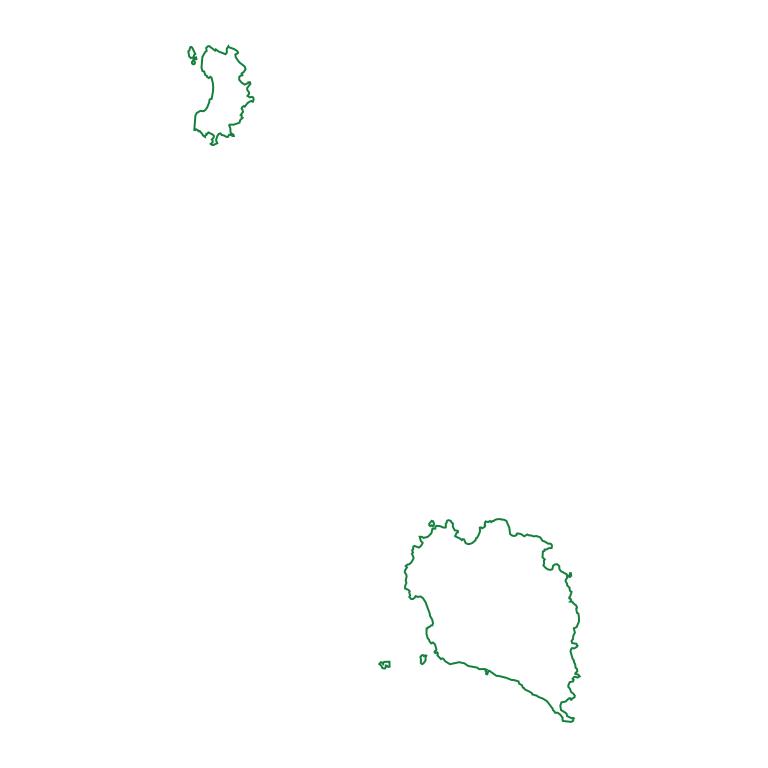 Ko Pha-Ngan, Surat Thani, Thailand (Albers equal-area conic projection)
{"feature_id": "78962969B87501565170923", "entity_name": "Ko Pha-Ngan", "entity_type": "district", "adm_level": 2, "iso_a3": "THA", "parent_name": "Thailand", "parent_adm1": "Surat Thani", "projection": "albers", "projection_center": [99.987, 9.896], "detail": "fine", "context": "isolated", "style": "outline", "palette": "green", "viewbox_px": 768, "rotation_deg": 0, "n_neighbors": 0, "source": "geoboundaries", "source_scale": "gbopen_adm2", "svg_char_len": 6051}
<svg xmlns="http://www.w3.org/2000/svg" viewBox="0 0 768 768"><path d="M500.7,519.1L497.2,519.2L494.7,520.0L493.9,520.9L491.8,521.3L491.3,522.1L489.9,521.0L488.2,522.1L485.7,521.4L484.8,522.9L485.1,523.8L484.6,524.9L485.2,525.8L484.7,526.8L482.2,528.3L481.0,527.4L479.8,527.6L480.0,531.4L478.5,535.3L476.9,538.0L476.1,538.2L475.4,540.4L472.2,543.1L469.5,544.0L467.8,544.1L465.6,543.0L464.0,539.4L462.7,539.2L461.8,540.1L460.1,538.6L455.4,536.4L455.1,536.1L456.6,533.0L457.9,532.3L458.1,531.4L457.5,530.7L454.7,530.3L452.8,526.6L452.9,523.4L451.7,522.7L450.8,520.9L448.8,520.2L447.2,520.6L446.7,521.6L446.7,522.8L445.7,523.8L445.9,527.0L445.6,527.5L443.2,527.5L440.2,526.2L436.3,525.8L435.5,526.6L435.3,528.6L432.4,528.8L431.4,533.2L427.9,536.8L423.6,537.9L421.8,536.8L419.7,536.8L420.9,541.1L422.6,542.6L422.5,543.5L420.8,546.1L418.9,547.6L414.4,545.9L413.3,546.6L413.2,549.1L412.1,550.2L413.0,552.6L411.9,553.7L413.6,557.6L413.1,559.4L411.4,562.3L409.4,564.2L407.5,564.6L405.7,566.0L407.0,567.4L405.2,570.1L404.7,572.0L406.4,575.0L406.6,576.5L405.7,580.5L406.4,582.9L405.2,585.8L405.0,588.4L408.4,589.9L409.7,591.2L409.2,592.3L410.1,595.4L409.3,596.9L411.0,598.9L412.8,599.1L414.5,597.9L415.7,596.1L417.7,596.9L420.6,596.5L422.9,598.1L425.5,602.1L429.8,613.8L430.0,615.8L432.2,619.6L433.0,623.3L432.3,625.4L431.0,625.5L429.6,626.9L428.2,627.2L427.5,628.4L426.6,628.4L426.5,634.0L427.7,638.3L429.0,639.7L429.6,641.5L431.2,643.4L432.9,642.5L434.9,644.3L436.4,649.3L435.9,650.6L434.7,651.3L434.6,652.3L435.5,653.1L437.3,652.4L437.9,653.7L437.4,655.3L440.9,659.1L442.0,658.4L443.2,658.7L445.4,661.4L450.0,664.2L459.1,662.2L464.3,663.3L468.3,666.0L477.2,667.6L479.2,669.2L484.5,669.0L486.6,669.7L485.5,670.8L486.5,672.3L486.0,673.7L486.5,674.2L487.2,674.3L488.4,671.0L489.2,670.7L496.5,675.9L498.3,675.9L505.9,677.7L511.8,680.0L513.8,680.0L518.5,681.4L519.2,683.7L522.0,685.3L522.8,687.6L524.2,688.2L524.8,689.4L530.2,692.0L532.0,693.3L532.3,694.4L536.8,695.7L538.6,697.0L542.9,698.6L547.0,701.2L552.6,708.6L553.1,710.3L554.4,711.3L555.0,712.7L557.8,712.8L560.3,714.7L562.7,717.9L562.4,719.8L563.0,721.0L571.0,721.9L573.2,720.8L573.2,718.8L573.7,718.3L573.0,717.9L571.5,718.2L567.0,716.0L566.7,714.0L565.8,713.0L561.0,710.0L560.3,705.7L561.5,702.3L565.5,701.6L569.0,698.3L570.4,698.3L570.8,699.6L571.5,699.7L571.9,698.8L574.5,697.3L574.8,695.7L573.3,693.6L571.2,692.1L569.9,688.7L568.3,686.8L568.3,685.4L569.7,682.2L573.1,681.4L573.6,679.8L572.6,678.8L573.9,677.2L575.1,676.7L577.5,677.6L579.7,676.4L578.3,674.7L575.3,673.8L575.5,673.0L577.3,671.3L577.2,670.0L576.7,668.6L575.6,667.8L575.2,664.4L573.9,661.7L574.1,661.0L572.5,658.4L570.5,651.3L571.0,649.4L572.0,648.1L574.2,648.4L576.8,646.9L577.5,645.7L576.8,645.2L576.5,643.8L572.2,643.1L571.6,641.4L571.7,640.6L573.0,639.1L573.2,636.0L574.9,632.6L573.8,628.3L576.6,627.1L578.9,621.7L579.0,618.1L578.4,613.6L577.1,613.0L576.3,609.6L576.3,608.3L577.1,607.8L576.3,605.6L573.1,603.1L572.5,601.8L570.3,601.6L571.0,601.0L570.9,599.2L569.3,598.4L569.3,597.3L570.0,596.8L571.6,591.9L570.2,591.0L569.5,589.0L569.6,587.7L567.2,585.5L567.1,583.8L565.5,580.9L566.0,579.3L567.2,577.9L566.8,574.4L560.7,571.0L559.3,568.8L559.3,566.2L557.2,564.2L555.2,564.4L553.2,565.6L552.3,569.2L550.5,569.9L547.9,569.4L545.5,567.8L543.4,565.4L544.1,563.4L543.9,560.6L544.8,559.5L542.5,557.3L542.9,551.4L544.4,550.9L544.7,549.5L546.2,549.6L548.7,548.2L551.6,548.0L552.0,545.6L551.3,544.2L550.4,543.7L548.2,543.7L544.7,541.5L542.5,540.8L540.3,537.4L536.4,536.0L533.8,536.4L530.5,535.3L529.2,535.5L527.4,534.5L524.2,536.3L521.3,534.2L517.7,533.4L516.8,533.7L516.5,535.1L515.4,535.7L513.7,536.0L511.6,535.3L510.1,534.0L509.3,527.7L506.4,520.9L503.7,519.6L501.9,519.7L500.7,519.1ZM215.1,50.6L209.2,46.1L207.8,46.4L206.2,47.9L206.6,51.1L205.2,52.0L202.4,56.9L201.5,67.7L202.5,71.1L204.2,71.5L205.2,74.9L206.8,75.9L206.8,76.6L208.8,78.1L210.4,76.8L211.5,77.7L212.9,83.4L213.2,87.3L213.0,91.5L211.6,98.9L210.2,99.1L209.4,100.2L209.3,102.2L207.1,107.6L205.3,110.0L203.7,111.2L200.3,110.9L196.7,113.0L195.4,115.6L194.3,129.9L195.0,130.2L196.0,129.3L197.6,130.0L198.4,131.3L199.7,131.0L202.6,134.4L202.8,135.3L205.0,136.9L205.1,135.8L206.6,134.7L206.4,133.8L207.6,133.5L208.4,132.4L212.9,134.7L214.0,136.0L213.5,137.8L211.8,139.6L212.6,140.7L212.7,142.3L210.7,143.9L211.9,144.9L213.5,145.0L217.3,143.2L216.1,140.5L216.2,139.4L217.4,136.0L218.8,133.9L220.5,133.4L221.6,135.0L224.2,135.5L226.1,136.8L227.9,136.9L229.0,134.9L231.0,134.9L232.5,136.0L233.8,136.0L233.5,134.8L230.6,132.9L230.3,128.1L229.2,125.7L229.5,124.7L233.6,124.7L239.5,122.7L240.1,120.3L242.4,117.9L241.7,117.7L241.6,115.4L240.7,115.0L243.0,111.9L242.5,109.8L241.6,108.7L242.1,107.3L243.8,106.0L244.8,106.6L247.5,103.1L249.6,101.7L251.3,100.9L252.8,101.8L253.6,99.8L253.3,97.6L251.7,96.8L249.8,97.4L247.5,95.9L249.1,93.8L249.1,92.4L247.4,90.3L247.1,88.1L250.4,83.9L249.9,82.2L248.4,82.3L248.3,83.0L244.7,84.6L241.7,82.7L239.2,79.8L239.3,76.8L240.8,75.6L242.4,75.3L241.6,73.5L243.8,72.0L245.6,69.2L244.7,66.5L239.2,62.2L235.8,57.4L235.3,54.5L237.6,53.4L238.1,52.5L237.0,50.9L234.2,49.1L228.8,47.2L228.4,46.3L226.8,48.7L226.8,52.6L225.6,54.2L218.4,51.4L215.8,49.4L215.1,50.6ZM389.4,661.7L384.2,661.9L383.5,662.4L383.1,663.9L381.9,662.5L380.9,662.2L379.3,664.0L381.3,665.6L382.5,668.2L384.9,668.5L385.7,667.5L385.7,665.5L386.6,665.6L388.3,667.0L389.6,666.6L389.4,661.7ZM195.3,54.1L192.1,47.5L191.2,46.9L190.3,47.2L189.3,50.5L188.3,51.4L189.2,56.4L190.9,58.1L193.6,57.1L194.1,55.1L195.3,54.1ZM423.8,656.1L423.2,655.2L421.9,655.2L420.4,657.0L420.9,659.1L420.8,662.9L422.0,664.1L423.3,663.5L425.6,660.5L425.5,657.6L426.3,655.7L425.4,655.3L423.8,656.1ZM433.1,521.9L433.1,521.3L431.7,520.8L429.2,523.8L429.3,525.4L430.7,526.1L431.7,525.3L432.9,526.3L434.0,524.6L433.7,522.4L433.1,521.9ZM192.7,61.0L191.9,62.0L192.1,63.5L193.0,64.2L194.3,64.1L195.1,62.4L193.9,61.2L192.7,61.0ZM570.0,577.0L571.2,575.7L570.8,573.1L570.0,573.2L569.5,575.3L568.1,576.3L570.0,577.0ZM196.4,59.2L196.1,57.4L194.3,57.9L193.5,59.1L194.3,59.6L196.4,59.2Z" fill="none" stroke="#15803d" stroke-width="2"/></svg>